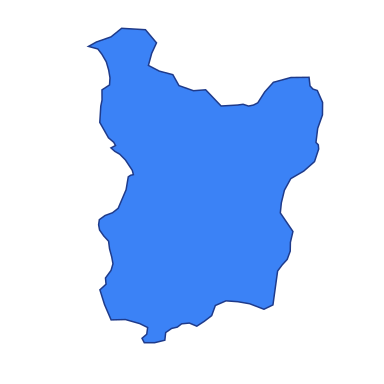 outline of Lovech, rotated 277°
{"feature_id": "BGR-2247", "entity_name": "Lovech", "entity_type": "Province", "adm_level": 1, "iso_a3": "BGR", "parent_name": "Bulgaria", "parent_adm1": "", "projection": "albers", "projection_center": [24.557, 43.037], "detail": "fine", "context": "isolated", "style": "filled", "palette": "blue", "viewbox_px": 384, "rotation_deg": 277, "n_neighbors": 0, "source": "natural_earth", "source_scale": "10m", "svg_char_len": 1403}
<svg xmlns="http://www.w3.org/2000/svg" viewBox="0 0 384 384"><g transform="rotate(277 192 192)"><path d="M250.1,312.5L237.1,309.9L226.4,300.4L217.3,288.4L205.0,283.5L192.2,282.0L182.0,282.2L165.1,297.0L154.1,295.8L145.3,296.7L136.7,294.7L130.5,290.3L124.0,286.6L89.8,286.1L84.4,277.7L88.1,262.9L88.7,250.9L88.1,239.0L82.2,229.0L71.7,226.6L65.1,219.9L59.4,213.1L61.6,205.4L59.9,197.8L56.1,193.9L54.1,188.4L49.3,183.0L41.6,183.1L37.9,173.4L36.6,163.0L40.7,160.2L45.3,164.4L52.1,164.5L55.0,156.2L57.3,141.5L55.2,127.3L69.6,118.9L83.7,112.5L90.0,117.9L96.1,116.6L104.3,121.2L111.1,122.3L117.6,120.3L125.5,117.1L133.0,115.2L137.6,109.8L143.0,104.9L148.1,103.3L153.3,103.4L158.1,108.6L161.7,115.6L166.8,120.7L186.2,126.3L199.3,126.9L201.1,129.0L202.1,131.7L206.2,130.1L215.7,122.0L220.7,115.7L222.9,110.5L225.9,106.2L228.8,110.4L231.8,108.3L235.6,102.5L249.8,92.0L266.1,91.0L272.3,91.5L282.4,90.2L288.2,97.1L295.2,96.7L302.7,94.5L310.7,91.1L317.7,85.8L322.5,81.1L323.9,71.5L329.3,78.9L336.1,92.7L345.9,102.2L347.4,126.0L335.7,138.6L324.8,135.1L312.3,133.3L308.0,144.8L306.1,158.7L296.0,166.1L292.7,181.1L295.1,193.1L280.9,210.4L283.9,226.8L285.3,232.0L284.2,237.7L285.8,242.4L288.5,246.4L300.2,252.0L310.8,259.4L317.7,276.2L320.1,294.2L311.7,296.2L308.9,299.5L308.0,304.0L296.8,310.7L284.4,312.1L270.5,309.0L256.3,309.0L254.2,311.6L250.1,312.5Z" fill="#3b82f6" stroke="#1e3a8a" stroke-width="1.5"/></g></svg>